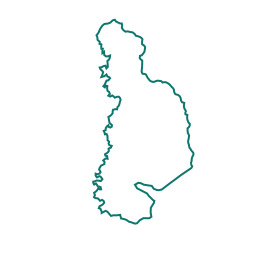 Santo Augusto, Rio Grande do Sul, Brazil, rotated 211°
{"feature_id": "56859067B5859001654584", "entity_name": "Santo Augusto", "entity_type": "district", "adm_level": 2, "iso_a3": "BRA", "parent_name": "Brazil", "parent_adm1": "Rio Grande do Sul", "projection": "equal_earth", "projection_center": [-53.726, -27.897], "detail": "fine", "context": "isolated", "style": "outline", "palette": "teal", "viewbox_px": 256, "rotation_deg": 211, "n_neighbors": 0, "source": "geoboundaries", "source_scale": "gbopen_adm2", "svg_char_len": 3655}
<svg xmlns="http://www.w3.org/2000/svg" viewBox="0 0 256 256"><g transform="rotate(211 128 128)"><path d="M87.3,46.9L84.5,47.9L82.2,48.4L78.6,48.2L76.9,48.8L72.8,49.6L71.2,51.0L70.4,55.0L68.3,58.7L63.4,61.5L62.2,63.9L65.0,67.1L67.3,71.3L67.3,74.2L67.2,76.9L67.9,79.1L69.3,79.1L75.2,80.5L77.9,81.7L89.1,81.0L92.8,82.9L91.0,86.3L88.6,87.3L85.1,87.6L77.8,90.6L74.6,89.2L71.2,89.7L69.5,90.6L67.4,92.6L63.4,102.7L61.1,108.1L58.5,114.6L53.1,126.3L53.2,128.2L54.4,128.7L56.0,130.5L56.5,132.5L57.5,134.4L58.0,136.4L58.2,139.0L59.3,140.4L61.1,141.0L62.7,141.6L63.9,142.4L65.3,142.8L67.1,145.0L68.8,146.4L69.8,147.9L70.7,150.6L71.8,153.1L74.2,154.6L75.7,156.6L76.8,158.4L76.2,160.1L76.4,162.0L77.3,163.5L78.6,163.7L80.3,164.8L81.6,165.9L82.9,167.8L83.9,169.8L85.8,169.3L86.7,170.6L87.1,172.3L88.4,173.1L89.9,173.9L91.5,175.7L92.7,178.5L95.1,177.9L96.8,179.0L98.2,180.7L100.1,181.9L102.4,182.1L104.2,181.5L105.5,181.6L107.3,183.0L108.5,184.6L110.1,185.4L111.6,185.7L113.1,186.2L115.0,186.8L116.8,186.9L118.7,186.8L120.2,186.2L121.8,184.8L123.4,185.3L125.0,184.7L126.8,184.0L128.0,182.8L129.0,181.5L130.2,180.4L132.1,179.9L133.9,179.9L135.2,180.5L136.8,181.0L138.6,182.1L140.2,183.1L141.6,182.9L143.4,182.0L144.7,182.7L145.7,183.9L146.7,186.2L147.8,188.4L149.5,191.4L150.6,193.2L152.8,193.4L154.0,194.0L154.9,196.1L153.6,197.4L153.3,199.9L153.2,201.8L154.0,203.9L155.0,206.2L156.8,207.0L159.0,207.0L160.5,209.4L161.3,211.5L162.9,212.1L164.4,212.2L167.0,211.7L168.8,211.1L170.5,212.0L171.9,212.2L173.2,212.4L175.3,211.5L176.8,211.1L178.3,210.5L179.7,209.3L181.8,209.4L183.6,210.0L184.9,210.7L185.8,212.9L187.2,214.4L188.7,213.5L190.9,213.3L193.2,213.1L195.0,214.0L196.5,212.5L197.4,209.3L199.0,207.2L201.8,205.0L202.7,202.5L202.9,198.6L202.4,194.7L202.5,193.0L202.7,191.2L201.2,190.2L199.5,187.9L196.6,187.3L195.7,185.4L193.9,186.0L192.8,183.8L191.6,182.2L190.4,182.9L189.6,180.8L188.5,179.0L187.8,181.0L185.9,178.3L183.5,178.1L182.0,179.2L180.7,180.9L179.8,179.0L179.5,177.0L180.2,174.9L178.4,172.4L176.8,170.0L177.2,168.0L179.4,169.8L180.9,168.4L182.0,166.4L183.4,165.3L181.6,164.0L180.0,163.9L178.1,163.1L177.3,160.1L177.1,158.0L175.0,160.1L174.0,162.8L172.2,161.5L170.5,161.9L169.0,161.5L169.4,158.7L170.8,157.6L170.6,155.6L170.3,153.4L170.6,151.1L168.8,150.9L168.8,152.8L167.4,153.4L166.5,151.6L165.6,150.2L164.4,149.2L162.9,149.2L161.1,147.9L161.5,145.6L159.4,145.8L158.3,147.8L156.2,147.6L154.9,147.2L153.5,149.1L151.9,150.1L150.5,149.7L148.9,148.4L148.3,145.9L147.7,144.2L147.4,142.2L147.8,140.5L147.0,138.4L148.6,137.6L150.2,136.0L149.7,134.3L148.7,132.5L149.3,129.7L150.5,127.4L149.5,126.3L148.0,124.6L146.6,123.0L145.1,122.5L143.4,122.3L142.6,120.8L143.4,119.3L145.1,119.0L146.3,120.2L146.9,118.6L147.0,116.5L146.1,114.7L147.3,113.0L145.8,112.1L144.6,110.7L143.2,111.8L141.5,110.6L140.5,109.1L139.2,107.0L137.1,106.5L136.6,104.6L135.1,103.6L132.8,104.3L132.5,102.5L134.0,100.3L132.6,98.4L132.8,96.3L134.2,93.7L133.0,92.6L131.4,93.2L129.7,91.1L131.2,90.6L132.0,89.2L132.5,87.4L130.7,86.9L129.7,84.9L130.7,83.4L131.7,82.0L131.8,79.5L131.4,77.5L130.2,77.0L128.8,76.1L128.9,74.2L130.6,72.5L132.2,72.2L131.2,70.5L129.2,69.7L127.8,71.9L126.5,72.2L125.0,71.6L123.6,71.0L124.0,68.5L126.2,67.7L127.8,66.9L128.7,65.5L130.2,64.1L129.2,62.8L127.9,62.1L126.9,63.9L125.4,63.3L123.8,62.4L121.2,63.3L119.5,61.6L120.7,60.8L122.4,60.9L122.4,58.7L122.8,57.0L123.7,55.0L121.8,53.5L121.5,51.2L119.8,51.1L117.7,52.1L115.9,51.7L114.4,51.2L113.2,53.1L111.1,52.8L109.9,51.7L110.3,49.3L112.1,46.2L111.7,44.2L110.0,44.6L108.9,43.6L107.6,42.9L106.8,41.6L104.5,45.5L102.5,45.6L97.3,43.9L95.4,45.8L93.0,47.1L90.0,49.5L87.3,46.9Z" fill="none" stroke="#0f766e" stroke-width="2"/></g></svg>